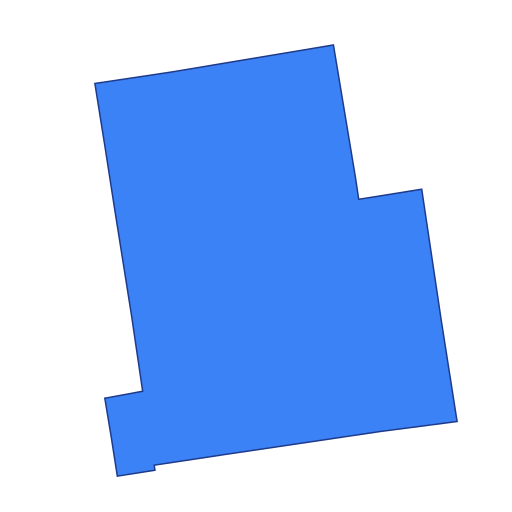 Searcy, Arkansas, United States of America (Robinson projection), rotated 260°
{"feature_id": "52423323B68160313903633", "entity_name": "Searcy", "entity_type": "district", "adm_level": 2, "iso_a3": "USA", "parent_name": "United States of America", "parent_adm1": "Arkansas", "projection": "robinson", "projection_center": [-92.707, 35.917], "detail": "fine", "context": "isolated", "style": "filled", "palette": "blue", "viewbox_px": 512, "rotation_deg": 260, "n_neighbors": 0, "source": "geoboundaries", "source_scale": "gbopen_adm2", "svg_char_len": 414}
<svg xmlns="http://www.w3.org/2000/svg" viewBox="0 0 512 512"><g transform="rotate(260 256 256)"><path d="M450.4,368.9L451.9,203.9L453.9,127.3L406.1,126.5L392.0,126.3L329.3,125.0L219.6,123.1L142.5,120.9L142.2,82.4L102.8,82.0L63.3,81.2L62.6,119.3L67.7,119.4L65.9,191.4L61.6,347.4L58.1,425.3L162.0,427.3L293.0,430.8L294.0,367.0L317.1,367.6L450.4,368.9Z" fill="#3b82f6" stroke="#1e3a8a" stroke-width="1.5"/></g></svg>